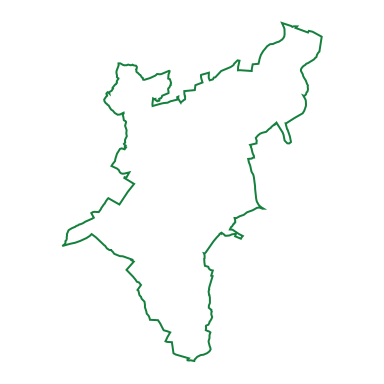 Hereclean, Salaj, Romania
{"feature_id": "2599482B77807603099760", "entity_name": "Hereclean", "entity_type": "district", "adm_level": 2, "iso_a3": "ROU", "parent_name": "Romania", "parent_adm1": "Salaj", "projection": "natural_earth1", "projection_center": [22.997, 47.257], "detail": "fine", "context": "isolated", "style": "outline", "palette": "green", "viewbox_px": 384, "rotation_deg": 0, "n_neighbors": 0, "source": "geoboundaries", "source_scale": "gbopen_adm2", "svg_char_len": 5914}
<svg xmlns="http://www.w3.org/2000/svg" viewBox="0 0 384 384"><path d="M194.3,361.0L194.5,360.0L195.0,359.2L197.3,356.8L200.9,355.0L203.2,354.8L207.1,353.2L209.5,351.3L210.6,349.4L210.4,347.9L209.8,346.5L208.7,342.3L208.6,341.0L209.5,338.2L209.5,335.2L210.4,332.4L209.5,331.7L205.8,330.2L206.1,328.0L205.9,326.2L206.1,325.6L208.4,324.7L209.6,322.2L209.6,321.5L210.3,320.9L211.5,318.8L212.2,317.0L211.4,314.9L211.3,313.1L211.8,311.5L211.2,310.7L211.4,309.9L208.8,307.8L208.9,305.5L209.9,303.1L209.9,300.7L209.9,297.9L209.4,295.0L209.1,295.0L208.6,291.4L209.2,289.4L209.0,289.0L209.4,286.8L212.6,276.1L211.2,275.7L212.8,270.5L210.6,270.0L209.8,269.4L208.8,268.4L208.3,266.8L204.9,265.8L204.4,262.3L204.2,258.6L204.6,258.2L204.6,255.8L204.5,254.7L203.9,253.3L204.6,253.5L205.7,252.5L213.6,241.2L216.7,237.5L219.3,234.8L219.5,234.0L220.4,233.5L220.8,233.7L220.8,233.1L221.2,232.9L221.5,232.7L224.4,234.8L225.0,235.6L225.9,235.8L229.4,235.5L231.8,234.4L235.7,233.8L235.9,234.0L235.1,236.3L240.9,238.7L241.4,237.7L242.8,236.0L238.9,234.0L232.5,229.7L229.9,229.5L231.0,227.2L232.2,226.2L233.5,224.0L234.2,223.7L234.7,222.5L235.2,222.4L235.2,220.5L234.6,218.0L236.4,218.1L239.8,216.2L243.7,214.9L247.0,212.3L252.8,210.2L256.8,207.9L259.3,207.5L262.4,208.7L263.6,208.7L261.6,207.5L259.3,205.7L258.7,204.9L256.8,201.5L256.2,198.9L255.1,188.7L255.1,186.7L253.9,177.3L253.3,174.7L251.5,171.7L250.2,165.6L248.9,162.3L248.2,158.9L251.7,158.6L252.6,157.8L254.0,157.6L253.8,157.0L254.0,156.1L252.7,153.4L251.7,149.5L251.8,149.2L250.9,147.0L251.1,146.6L250.1,144.9L256.5,143.4L256.5,141.8L256.8,141.0L255.8,137.9L258.1,135.3L260.1,133.7L262.2,132.8L266.2,131.8L268.7,129.3L271.0,127.6L271.3,127.0L275.0,123.9L275.1,124.4L275.6,124.0L276.5,122.7L282.7,132.6L283.6,135.1L284.6,140.5L287.2,143.2L287.8,143.4L289.3,143.4L291.0,142.0L289.8,136.1L287.5,129.4L287.2,129.3L287.0,128.9L285.6,123.3L286.2,123.3L294.5,118.0L302.7,113.3L304.2,110.9L305.9,106.1L306.0,104.3L305.8,100.6L305.2,99.0L303.3,95.6L304.0,95.9L305.0,95.4L305.9,94.5L306.6,92.3L307.4,91.7L308.0,89.3L307.7,86.6L307.9,85.4L307.0,83.9L305.9,80.7L303.9,77.5L303.1,75.8L302.7,74.1L301.1,71.3L300.9,70.6L301.0,69.4L301.5,68.3L302.6,66.9L303.5,66.0L305.4,64.8L306.2,63.8L308.0,63.1L314.0,59.4L315.3,57.8L316.3,57.2L317.1,54.6L318.4,52.5L319.4,51.6L321.7,36.7L312.5,31.7L308.8,30.9L308.0,32.5L295.7,28.0L297.1,26.4L293.9,26.3L292.3,26.9L291.5,26.1L282.0,23.0L284.1,27.8L284.5,29.1L284.6,34.2L284.3,36.2L283.7,37.6L282.3,39.4L279.1,41.6L276.5,42.4L272.9,44.0L270.1,44.2L267.2,46.2L263.1,51.2L260.8,55.1L259.5,59.2L259.2,61.0L258.5,63.8L252.7,64.3L251.8,69.1L251.7,71.0L240.0,70.2L238.0,70.3L238.1,66.9L239.5,60.7L237.5,60.4L234.1,63.8L233.7,64.8L232.6,65.8L230.3,67.2L221.2,71.0L215.3,77.3L213.8,77.6L212.9,79.4L209.7,80.3L208.8,78.0L208.7,77.0L208.9,72.7L201.1,74.9L200.9,76.0L201.3,78.5L202.5,82.5L195.4,85.2L194.8,90.1L184.3,91.1L184.4,94.2L185.0,96.0L184.8,96.1L185.1,97.4L185.1,99.2L184.8,99.6L183.6,100.1L182.8,101.0L181.0,102.2L180.8,102.7L178.4,99.0L178.2,98.0L178.3,96.6L177.2,97.1L177.4,99.6L170.4,101.3L167.6,102.7L164.1,103.0L161.6,103.5L152.6,106.0L152.4,104.1L153.1,98.4L154.5,99.1L155.3,98.9L155.2,99.8L157.2,101.2L157.7,100.9L157.7,100.7L158.4,100.9L159.3,100.7L159.5,99.8L159.2,98.8L159.9,98.4L161.0,98.2L161.7,97.2L162.2,95.7L168.5,93.1L168.6,92.3L168.1,89.2L168.2,88.7L168.6,88.0L169.3,87.6L170.2,85.5L170.8,85.0L170.6,84.8L170.7,83.9L171.1,83.1L169.9,79.2L168.2,78.6L168.5,74.6L169.3,72.6L169.6,71.1L169.1,70.8L161.5,74.0L160.0,74.3L157.1,74.0L155.5,75.5L150.2,78.0L144.4,79.8L143.2,79.7L142.8,78.0L141.9,77.5L140.4,75.1L139.6,74.7L138.2,73.2L136.6,72.0L136.3,71.1L136.4,69.8L136.1,69.4L136.6,68.8L136.9,67.0L136.0,65.7L133.8,65.4L132.6,64.7L132.0,65.1L130.3,65.2L128.2,64.6L126.7,65.2L124.3,65.3L123.0,64.9L120.4,63.4L118.5,63.4L118.6,65.5L116.6,70.8L116.4,72.1L116.6,73.9L117.0,75.4L116.9,77.0L117.6,77.9L118.4,78.3L118.5,78.7L117.8,79.5L116.8,81.2L116.9,82.9L116.5,83.1L116.0,84.2L115.5,84.3L114.6,85.2L112.5,87.9L112.5,88.2L113.0,88.6L111.6,90.8L109.4,92.0L109.2,92.5L109.4,93.6L108.2,92.4L107.6,92.2L106.4,93.5L106.5,94.2L107.2,95.2L106.9,96.1L106.4,96.3L104.2,99.5L104.5,101.3L105.7,103.1L106.9,104.0L107.6,104.9L108.6,105.4L110.5,108.7L111.5,109.9L112.8,110.6L114.8,113.0L117.6,114.7L120.0,114.5L123.6,112.7L123.7,113.2L122.8,115.2L123.4,117.1L123.8,120.1L124.4,120.6L125.4,121.0L126.1,122.0L125.1,125.8L126.6,130.1L126.3,133.4L126.8,136.2L125.1,139.6L125.0,141.1L125.2,142.6L123.9,143.9L124.5,144.8L125.7,145.5L125.8,145.7L124.8,146.7L124.8,147.2L125.9,147.5L124.6,149.3L121.7,148.4L120.0,148.9L117.0,153.7L115.4,158.8L115.0,161.1L112.7,164.0L111.5,166.0L117.1,168.6L118.9,170.2L119.8,172.2L120.9,173.2L122.3,173.7L124.2,173.6L129.3,172.4L126.6,177.2L125.3,177.4L124.6,177.2L124.3,178.0L134.1,183.9L127.8,191.8L119.4,204.5L108.3,198.2L107.6,198.9L105.9,201.3L104.6,203.7L104.0,204.2L101.3,208.1L100.8,209.3L98.7,212.1L94.3,211.8L92.7,212.2L91.3,213.1L93.8,217.7L92.3,218.6L85.3,221.7L82.8,223.3L80.0,224.4L79.3,224.4L78.0,225.4L76.3,225.9L75.6,226.6L71.7,228.3L68.6,230.2L66.9,234.2L67.0,235.5L66.7,237.3L66.8,238.6L66.3,240.3L65.4,241.2L65.5,242.5L65.3,243.3L64.3,244.5L62.3,246.0L69.8,243.9L75.3,242.7L80.3,240.9L86.4,238.1L89.7,236.0L91.6,234.1L95.9,237.3L104.3,245.3L105.1,245.8L106.9,248.4L109.4,250.0L111.2,250.0L111.3,250.5L112.7,251.7L114.2,253.8L119.8,256.1L122.9,256.3L132.2,259.6L132.4,259.8L131.6,260.3L133.8,261.6L126.5,269.9L133.1,276.7L135.7,279.9L136.8,281.7L138.9,282.4L141.0,285.0L137.5,290.0L138.4,290.7L139.4,294.9L139.7,295.5L141.0,296.8L141.6,298.7L144.5,301.7L145.0,305.3L144.9,307.1L146.3,311.3L146.7,313.6L148.5,315.6L149.3,317.2L150.0,319.8L158.0,320.2L160.2,323.5L163.5,330.0L163.8,330.3L167.4,331.3L170.2,332.4L167.5,337.0L165.5,341.3L167.1,341.9L171.9,342.2L173.5,353.3L175.6,354.5L188.8,358.3L187.8,359.2L187.4,359.8L187.5,360.3L188.9,360.5L190.6,360.3L194.3,361.0Z" fill="none" stroke="#15803d" stroke-width="2"/></svg>